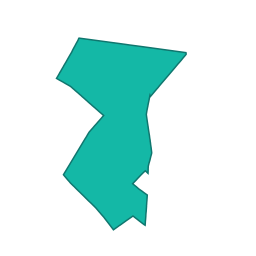 outline of Comuna 11, Ciudad de Buenos Aires, Argentina, rotated 77°
{"feature_id": "61730980B31104759078199", "entity_name": "Comuna 11", "entity_type": "district", "adm_level": 2, "iso_a3": "ARG", "parent_name": "Argentina", "parent_adm1": "Ciudad de Buenos Aires", "projection": "albers", "projection_center": [-58.493, -34.603], "detail": "fine", "context": "isolated", "style": "filled", "palette": "teal", "viewbox_px": 256, "rotation_deg": 77, "n_neighbors": 0, "source": "geoboundaries", "source_scale": "gbopen_adm2", "svg_char_len": 3643}
<svg xmlns="http://www.w3.org/2000/svg" viewBox="0 0 256 256"><g transform="rotate(77 128 128)"><path d="M226.6,133.2L225.4,132.8L222.3,131.9L222.1,131.8L220.9,131.4L218.3,130.6L218.0,130.5L216.5,130.1L214.3,129.4L213.8,129.2L210.2,128.1L208.6,127.6L207.7,127.4L206.2,126.9L205.4,126.7L202.0,125.6L201.5,125.5L201.3,125.4L198.0,124.4L197.6,124.3L196.5,125.3L194.0,127.5L193.3,128.0L190.0,131.0L189.8,131.2L189.5,131.4L187.1,133.1L186.2,133.8L186.0,134.0L183.3,136.0L180.8,132.1L178.6,128.9L178.5,128.7L176.7,126.0L175.1,123.4L173.6,120.8L175.9,119.2L176.3,119.0L176.7,118.7L173.0,117.7L172.8,117.7L170.7,117.1L169.9,116.9L167.3,115.6L164.5,114.0L160.7,112.1L158.7,111.0L158.3,110.8L157.5,110.5L157.0,110.4L153.1,110.0L152.2,109.9L149.5,109.7L148.6,109.6L148.0,109.5L146.7,109.4L146.1,109.4L144.9,109.2L142.8,109.1L140.1,108.8L138.2,108.7L135.4,108.5L131.8,108.2L130.9,108.1L130.6,108.1L129.2,108.0L125.6,107.7L119.8,107.2L118.9,107.1L115.4,105.7L112.1,104.2L111.9,104.1L111.5,103.9L110.5,103.5L108.9,102.8L105.9,101.4L103.2,100.2L102.9,100.0L102.0,99.7L101.0,99.2L102.3,99.0L101.2,97.5L99.4,95.1L97.6,92.7L96.1,90.7L95.8,90.2L93.9,87.8L92.1,85.4L89.9,82.4L87.9,79.7L85.7,76.7L83.6,73.9L81.6,71.2L80.1,69.2L79.8,68.8L77.9,66.3L76.4,64.3L76.1,63.8L73.9,60.8L73.5,60.3L72.3,58.8L72.0,58.4L70.4,56.2L70.2,56.0L70.0,55.7L69.8,55.4L69.4,55.0L69.3,54.9L69.1,54.7L68.6,54.7L68.2,54.6L67.8,54.6L67.6,54.6L51.3,97.5L47.2,108.5L46.2,111.0L29.4,155.5L30.0,156.1L30.3,156.3L31.3,157.0L32.4,158.0L33.5,159.0L34.6,160.0L35.8,161.0L36.9,162.0L38.8,163.7L39.2,164.0L39.5,164.3L40.0,164.7L40.9,165.4L41.0,165.4L43.2,167.5L43.6,167.9L46.4,170.5L49.7,173.5L52.3,176.0L52.6,176.3L54.2,177.7L54.8,178.3L56.6,180.0L57.0,180.3L58.2,181.5L58.8,182.1L59.2,182.4L60.1,183.2L61.4,184.4L63.6,186.5L64.5,185.5L64.8,185.2L65.1,184.9L66.2,183.7L67.1,182.7L68.6,181.0L69.0,180.6L69.2,180.4L70.9,178.6L72.8,176.5L74.5,174.7L75.8,173.7L77.0,172.9L78.3,171.9L79.5,171.1L80.2,170.6L80.7,170.2L81.0,170.0L81.4,169.7L81.8,169.4L82.0,169.2L82.6,168.8L82.7,168.7L83.0,168.5L83.7,168.0L84.2,167.7L85.2,166.9L85.6,166.6L86.2,166.2L86.5,166.0L87.3,165.5L87.7,165.2L88.3,164.7L88.5,164.6L88.9,164.3L89.2,164.1L89.6,163.8L89.9,163.6L91.2,162.7L95.3,159.8L95.4,159.7L95.8,159.4L96.0,159.3L96.2,159.1L97.2,158.4L97.9,157.9L98.3,157.7L99.0,157.1L99.3,156.9L99.8,156.6L100.1,156.3L100.5,156.0L101.0,155.6L101.4,155.4L101.8,155.1L102.2,154.8L104.1,153.4L104.3,153.3L104.7,153.0L105.0,152.8L106.8,151.5L107.2,151.2L110.3,148.9L112.7,152.1L115.2,155.6L115.6,156.2L115.9,156.6L116.0,156.7L116.3,157.1L117.8,159.2L118.1,159.7L120.5,162.9L120.8,163.4L123.2,166.7L125.4,168.9L125.9,169.3L128.1,171.4L128.4,171.8L131.4,174.7L134.4,177.6L137.0,180.1L137.4,180.5L140.4,183.4L143.4,186.3L143.8,186.7L146.4,189.2L149.4,192.1L152.4,195.0L152.8,195.4L155.4,197.9L157.2,199.7L159.0,201.4L161.3,200.3L161.4,200.2L161.6,200.1L161.8,200.0L164.6,198.6L167.3,197.1L168.4,196.6L170.0,195.6L171.4,194.7L171.9,194.4L172.2,194.2L172.7,193.8L175.7,192.0L177.7,190.7L178.5,190.2L179.2,189.7L181.9,188.0L182.8,187.4L186.3,185.2L186.7,185.0L187.1,184.7L190.0,182.9L190.6,182.5L193.4,180.6L195.5,179.3L196.3,178.8L196.3,178.7L197.0,178.3L197.9,177.8L198.3,177.5L200.2,176.5L203.5,174.8L203.8,174.6L206.6,173.2L206.9,173.0L209.5,171.6L209.9,171.4L210.2,171.3L210.9,171.0L213.5,169.8L213.9,169.6L217.2,168.1L220.5,166.6L221.3,166.3L222.0,165.9L223.9,165.1L223.7,164.6L222.3,161.2L221.0,158.2L220.9,157.7L219.4,154.1L217.8,150.3L216.3,146.5L214.9,143.0L215.4,142.5L216.4,141.7L217.9,140.5L218.1,140.3L221.0,138.0L223.4,136.0L223.8,135.7L225.8,134.0L226.6,133.2Z" fill="#14b8a6" stroke="#0f766e" stroke-width="1.5"/></g></svg>